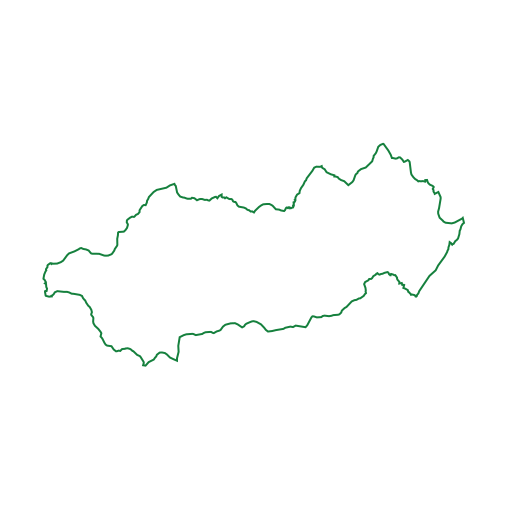 outline of Valea Viilor, Sibiu, Romania, rotated 134°
{"feature_id": "2599482B28979947383281", "entity_name": "Valea Viilor", "entity_type": "district", "adm_level": 2, "iso_a3": "ROU", "parent_name": "Romania", "parent_adm1": "Sibiu", "projection": "orthographic", "projection_center": [24.308, 46.067], "detail": "fine", "context": "isolated", "style": "outline", "palette": "green", "viewbox_px": 512, "rotation_deg": 134, "n_neighbors": 0, "source": "geoboundaries", "source_scale": "gbopen_adm2", "svg_char_len": 6091}
<svg xmlns="http://www.w3.org/2000/svg" viewBox="0 0 512 512"><g transform="rotate(134 256 256)"><path d="M429.0,376.6L427.0,374.9L426.6,375.5L425.9,375.1L424.0,375.0L421.9,375.5L419.3,374.5L415.2,369.2L413.1,367.1L412.0,365.1L411.2,362.5L409.8,360.8L406.4,355.8L405.6,353.4L406.4,351.3L406.7,349.1L406.6,348.1L407.6,345.5L408.3,342.1L408.2,340.2L409.1,337.1L410.4,335.0L412.4,334.1L412.8,333.5L413.2,330.6L413.7,329.8L416.3,327.6L417.3,326.2L418.1,323.4L418.0,318.8L418.5,315.2L419.0,313.6L421.9,311.9L422.0,310.1L422.3,308.7L423.7,304.8L424.2,302.6L423.9,300.9L421.3,297.3L422.1,293.4L421.8,290.5L421.3,290.0L419.4,289.0L418.6,287.7L416.1,287.7L415.0,286.9L413.9,285.8L413.3,285.7L411.5,284.2L410.4,282.1L410.1,280.7L410.1,278.8L409.7,278.2L409.7,272.8L408.7,270.0L408.8,268.9L410.2,263.4L410.8,262.5L413.0,261.3L411.6,259.3L406.9,259.5L401.5,257.6L399.3,258.0L397.6,258.0L395.9,258.7L392.4,258.2L390.7,256.6L389.1,254.1L388.7,251.7L388.8,247.4L387.6,243.8L386.2,240.1L384.4,241.8L378.7,245.1L374.6,249.5L367.4,254.5L363.1,253.0L360.7,251.7L356.1,247.6L355.6,246.8L354.8,244.5L354.5,244.2L349.4,240.5L347.9,240.2L346.0,239.4L342.4,236.2L341.8,235.5L341.3,233.6L340.8,232.8L337.6,231.9L335.3,230.6L333.9,230.1L329.7,230.7L326.9,230.3L326.1,229.9L322.0,227.4L318.9,224.4L317.9,221.6L317.0,216.4L314.8,215.7L313.0,216.1L311.4,215.9L307.3,214.2L305.7,213.4L304.5,212.4L303.0,209.8L301.7,204.9L301.9,200.3L302.3,197.6L302.0,194.9L298.8,192.3L295.5,190.2L289.3,185.6L287.3,185.1L283.5,182.6L282.9,182.2L281.4,180.0L278.5,179.1L272.8,170.9L270.3,171.0L261.6,173.5L260.2,173.5L259.3,172.5L257.9,169.6L255.4,167.3L254.5,166.5L253.0,166.4L251.3,165.3L248.6,161.7L246.6,160.2L244.8,159.3L241.2,156.1L240.1,155.5L237.5,155.4L235.9,156.2L235.2,156.3L231.8,156.1L229.8,155.5L222.2,155.6L219.4,154.5L217.8,153.3L215.1,152.5L214.0,151.6L209.8,150.8L208.0,151.2L206.3,151.1L205.4,152.5L204.5,153.1L202.9,155.1L201.1,158.7L198.9,159.4L195.4,158.3L193.9,158.6L192.4,157.2L191.3,157.1L189.0,157.6L186.3,156.9L185.2,157.1L184.0,156.7L184.1,155.4L183.5,154.1L182.3,153.7L180.8,152.6L178.9,151.9L176.2,150.2L176.0,149.3L176.7,147.5L176.5,146.5L176.6,146.0L176.4,145.8L175.5,146.5L175.1,146.4L174.1,144.5L173.7,143.1L173.0,142.5L173.6,139.5L174.4,138.7L174.8,137.5L175.0,134.9L176.3,133.8L174.2,132.4L175.2,130.7L174.0,129.6L173.9,129.3L176.6,127.8L175.8,125.9L175.1,123.1L176.0,121.6L175.7,120.5L176.0,119.6L175.8,118.8L176.2,117.5L175.4,117.1L174.1,115.0L173.9,114.2L174.3,113.1L174.0,112.6L173.2,112.5L172.1,113.1L170.2,113.2L167.8,114.2L149.8,117.4L141.5,116.8L136.3,118.4L125.4,119.9L120.3,121.3L119.0,122.0L117.6,122.3L116.0,123.6L113.8,124.6L111.5,126.3L111.2,124.3L111.6,123.4L111.6,122.8L111.1,122.9L110.0,122.3L106.7,123.0L105.3,122.7L103.1,122.8L99.0,124.9L96.3,127.0L94.9,127.4L92.1,129.0L89.7,129.6L87.7,129.4L85.0,133.7L85.8,133.7L93.9,136.3L96.6,137.9L100.4,142.8L101.0,145.2L100.8,145.9L100.9,150.5L99.0,154.3L97.6,155.8L94.5,157.5L86.5,163.0L85.4,164.1L83.3,169.3L87.1,170.6L86.7,171.2L86.6,172.3L86.1,173.4L85.3,174.0L85.1,175.2L84.9,175.5L83.2,175.9L82.8,176.3L82.9,177.7L83.9,180.5L83.9,182.4L83.7,183.5L82.5,185.8L83.7,186.9L84.2,186.2L85.1,186.0L85.4,186.9L86.7,188.5L87.6,189.1L88.8,190.7L89.6,191.1L89.6,192.7L90.1,195.1L90.0,197.6L89.4,200.8L88.4,202.4L81.7,210.7L81.4,211.5L81.5,213.5L85.0,214.6L85.6,215.0L85.0,217.8L85.0,220.8L85.8,221.8L87.9,222.4L89.0,223.2L90.5,225.7L91.1,226.3L89.6,229.4L88.2,234.1L86.8,242.0L87.0,242.5L89.7,243.7L92.5,243.9L97.1,241.8L99.0,241.2L102.3,240.9L103.4,239.9L104.7,239.5L107.2,238.2L116.1,238.5L120.5,240.8L123.8,241.3L124.6,241.3L125.8,240.7L127.8,240.9L128.8,240.7L133.8,238.4L135.0,238.2L136.0,238.1L140.9,238.8L140.9,244.5L142.3,247.6L142.8,250.3L142.5,252.0L143.5,253.9L144.4,254.9L143.5,255.7L145.2,258.8L146.7,263.4L145.9,266.9L146.5,269.3L146.4,270.2L145.7,271.2L147.3,271.8L149.8,274.6L152.0,275.5L155.6,274.6L164.9,273.5L166.8,272.6L168.3,272.7L171.9,271.4L175.8,270.8L178.7,269.8L180.6,268.4L183.3,269.1L186.4,268.3L187.9,267.1L188.6,267.1L188.5,266.4L189.4,266.0L190.0,265.8L191.2,266.2L191.3,265.6L192.5,265.1L193.0,264.1L193.7,263.8L193.3,264.5L194.1,264.3L194.5,263.4L196.0,263.5L197.5,264.1L197.6,265.6L197.8,265.7L198.6,265.5L198.6,266.5L199.5,266.6L199.6,267.4L199.9,267.7L200.9,267.7L202.8,267.0L204.1,267.0L205.9,269.7L206.5,271.5L208.6,274.2L208.3,278.8L208.5,280.1L209.3,282.5L210.8,284.1L213.8,286.7L215.9,287.4L218.6,287.9L224.1,288.1L226.1,287.7L226.6,289.8L227.7,290.7L227.9,292.9L228.4,293.5L228.8,294.8L228.8,296.3L229.6,298.4L232.4,302.6L232.5,304.5L231.6,306.9L231.4,308.3L232.2,309.2L232.6,310.5L232.0,312.0L232.0,312.9L232.3,313.5L233.2,314.3L233.7,315.2L234.4,318.1L236.0,318.4L236.0,319.6L237.2,320.8L237.3,321.8L235.7,323.4L238.5,324.3L241.3,323.9L241.2,325.9L242.0,326.5L245.3,327.8L248.5,328.0L249.2,329.0L249.6,330.3L251.3,331.9L252.3,334.1L253.2,335.2L254.3,336.1L256.9,337.2L257.2,340.4L258.6,342.5L260.0,342.6L262.2,344.8L262.9,346.0L263.8,348.1L264.6,349.1L265.7,351.4L265.9,351.9L265.6,354.6L265.1,356.9L261.4,362.3L261.2,364.0L260.8,364.8L264.9,366.9L269.1,367.9L277.4,373.3L281.1,374.1L288.0,374.0L289.8,373.2L292.0,372.7L293.3,371.7L296.1,370.7L297.2,372.1L299.0,372.5L303.7,371.6L304.4,371.2L305.2,370.3L307.7,370.1L309.7,370.9L312.3,370.8L312.7,371.0L313.8,372.5L315.9,373.2L319.3,373.7L320.2,373.5L321.6,372.3L322.2,370.2L322.9,369.6L325.4,368.3L328.1,367.9L330.3,368.0L334.1,371.4L334.9,371.5L337.2,369.6L340.0,367.8L344.3,363.5L345.0,363.1L349.1,362.4L350.6,361.7L354.4,361.1L355.4,361.3L358.5,362.7L360.1,364.3L361.1,365.4L363.4,370.4L368.2,375.5L368.7,376.6L368.3,380.2L369.4,382.9L370.9,385.1L371.7,387.3L373.2,388.1L374.2,388.2L378.8,389.8L384.0,392.3L386.5,392.4L393.3,391.5L396.0,392.1L399.6,393.8L402.6,396.7L403.2,397.8L403.8,397.6L404.1,399.0L407.0,399.5L407.7,399.4L408.9,398.3L411.1,398.0L411.7,397.6L412.0,396.9L413.3,396.7L416.4,395.5L419.9,393.2L420.1,392.9L420.0,391.6L420.8,388.9L422.3,388.8L421.9,387.7L424.0,385.3L424.6,383.7L426.6,382.3L427.0,382.5L427.5,383.2L427.9,383.3L428.5,382.7L430.6,379.8L430.6,379.4L429.0,376.6Z" fill="none" stroke="#15803d" stroke-width="2"/></g></svg>